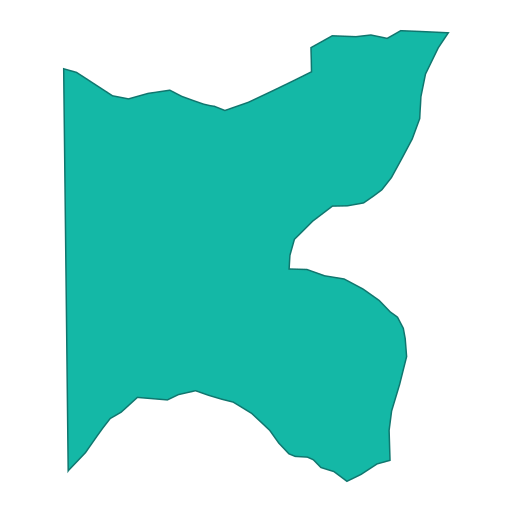 outline of Biltine, Wadi Fira, Chad
{"feature_id": "50815135B98948114650625", "entity_name": "Biltine", "entity_type": "district", "adm_level": 2, "iso_a3": "TCD", "parent_name": "Chad", "parent_adm1": "Wadi Fira", "projection": "mercator", "projection_center": [20.967, 14.969], "detail": "fine", "context": "isolated", "style": "filled", "palette": "teal", "viewbox_px": 512, "rotation_deg": 0, "n_neighbors": 0, "source": "geoboundaries", "source_scale": "gbopen_adm2", "svg_char_len": 1349}
<svg xmlns="http://www.w3.org/2000/svg" viewBox="0 0 512 512"><path d="M68.2,470.8L68.4,470.5L85.5,452.6L89.3,447.1L97.5,435.4L102.9,427.9L110.2,418.5L121.1,412.2L137.4,397.4L167.4,399.9L178.4,394.6L195.5,390.7L208.6,395.3L221.7,399.2L233.2,402.1L251.7,413.4L269.7,430.3L278.8,443.1L288.9,453.8L295.2,456.4L307.4,457.1L311.7,459.0L313.2,459.7L313.5,459.9L320.9,467.5L329.8,470.3L333.8,471.5L336.5,473.5L346.9,481.3L361.2,474.3L377.1,463.9L390.0,460.3L390.0,460.1L389.1,430.3L391.6,411.0L399.6,384.4L406.6,356.6L405.2,338.7L403.3,328.3L397.5,317.2L390.2,311.9L379.2,300.5L363.1,289.1L344.1,279.0L324.5,275.8L306.9,269.5L289.1,269.0L289.9,255.3L294.4,239.3L301.9,231.9L312.7,221.1L332.4,206.1L347.4,205.8L363.6,202.9L373.8,195.8L381.8,189.8L391.4,177.6L401.3,159.5L412.2,139.0L419.7,118.6L420.1,110.5L420.5,104.4L420.9,96.7L425.5,74.0L432.8,59.0L438.3,47.7L448.3,32.8L420.6,31.5L400.7,30.7L393.2,35.0L387.1,38.4L383.5,37.6L370.9,35.0L355.9,36.7L332.2,35.8L329.2,37.5L311.0,47.6L311.0,49.2L311.3,60.2L311.5,71.8L290.5,82.2L283.9,85.4L274.4,90.0L251.4,100.9L248.4,102.3L224.9,110.5L214.8,106.5L214.5,106.3L214.1,106.3L210.2,105.7L203.7,104.2L192.8,100.4L184.0,97.2L181.8,96.4L178.3,94.6L169.8,90.2L148.1,93.4L128.5,98.9L112.5,95.8L76.5,72.4L64.0,68.9L63.7,68.8L63.9,88.5L67.0,362.8L68.2,470.8Z" fill="#14b8a6" stroke="#0f766e" stroke-width="1.5"/></svg>